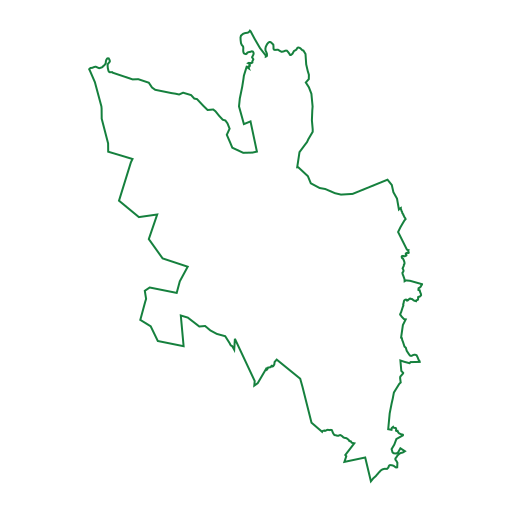 outline of Tecoanapa, Guerrero, Mexico
{"feature_id": "50627088B15392276223600", "entity_name": "Tecoanapa", "entity_type": "district", "adm_level": 2, "iso_a3": "MEX", "parent_name": "Mexico", "parent_adm1": "Guerrero", "projection": "natural_earth1", "projection_center": [-99.252, 16.971], "detail": "fine", "context": "isolated", "style": "outline", "palette": "green", "viewbox_px": 512, "rotation_deg": 0, "n_neighbors": 0, "source": "geoboundaries", "source_scale": "gbopen_adm2", "svg_char_len": 5947}
<svg xmlns="http://www.w3.org/2000/svg" viewBox="0 0 512 512"><path d="M108.1,143.4L108.2,151.7L132.5,159.0L130.9,162.3L119.0,200.7L138.9,217.1L157.2,214.5L148.8,239.1L162.6,258.4L187.7,266.7L179.8,281.3L176.7,292.9L149.7,287.5L144.8,290.8L146.1,298.9L145.2,301.8L140.3,319.9L150.7,326.3L157.8,341.0L183.6,346.2L180.8,315.5L187.8,317.6L199.3,326.5L205.1,326.0L210.3,330.4L216.8,333.9L225.2,336.2L229.7,343.3L230.4,344.8L231.2,345.7L232.2,346.1L234.2,349.7L234.9,338.8L254.7,381.0L254.3,385.6L257.7,383.2L266.2,368.7L266.8,369.7L267.6,368.7L268.0,367.6L270.5,367.2L271.0,366.6L271.3,366.1L271.8,365.7L272.5,365.9L272.6,366.4L273.2,366.2L274.3,364.5L274.6,362.0L276.7,359.6L300.2,378.7L302.5,386.9L311.5,422.7L322.1,431.8L322.3,431.3L322.9,430.9L324.5,430.5L324.9,430.9L325.6,430.7L326.5,430.2L327.5,429.8L329.8,430.1L330.4,429.9L331.7,430.0L332.2,430.9L332.9,432.8L334.0,434.6L334.6,435.1L336.0,435.3L336.7,435.6L338.2,435.8L339.6,435.2L340.5,435.1L342.2,436.2L343.4,437.4L344.4,437.8L346.5,438.2L348.6,439.8L349.1,440.5L349.2,440.9L349.5,441.1L349.8,441.2L350.6,441.2L350.9,441.4L351.5,442.5L352.0,442.8L354.3,443.3L345.3,455.0L346.3,456.2L344.4,461.9L365.2,457.5L370.9,481.3L373.3,478.3L375.8,476.1L377.2,474.4L377.9,473.7L378.8,472.5L379.7,471.7L380.6,470.6L382.4,469.4L384.6,468.8L387.0,468.9L388.4,467.5L388.8,466.1L389.5,465.3L390.2,465.1L392.1,465.3L393.6,465.8L395.4,467.1L396.1,467.5L397.2,467.3L397.4,462.8L396.5,461.1L395.5,459.8L395.3,459.0L395.5,458.3L396.2,457.5L397.6,455.4L399.1,454.0L400.3,453.2L401.0,452.9L401.8,452.8L403.2,452.3L404.9,451.2L400.4,448.3L398.0,452.5L396.3,453.5L394.7,453.4L393.5,453.2L392.5,452.3L391.6,449.1L394.3,444.6L396.4,439.0L402.9,435.4L402.9,434.7L402.5,434.5L401.7,434.5L399.2,433.4L398.2,432.4L397.6,430.9L396.9,431.1L396.2,430.9L396.0,430.6L396.2,429.1L395.7,428.0L394.0,427.8L393.4,427.5L393.1,426.9L391.8,428.0L391.5,429.8L388.2,429.2L389.7,413.3L391.7,403.1L392.7,398.8L393.9,392.5L399.3,383.8L400.7,382.5L400.1,378.0L400.3,376.6L403.1,373.4L403.2,372.9L401.3,370.9L400.4,360.5L404.3,361.8L409.6,363.2L410.5,362.1L419.7,361.9L419.6,361.2L418.6,359.8L417.6,357.3L416.6,355.3L415.7,354.9L414.6,354.7L413.2,355.0L411.7,355.8L411.0,355.9L409.9,355.5L408.8,354.0L406.7,350.8L405.8,347.7L404.5,346.6L402.9,341.7L402.2,340.0L401.9,338.3L401.5,337.5L401.1,337.5L402.9,325.0L405.7,319.4L404.2,319.2L403.9,319.0L401.6,316.6L400.7,315.2L400.3,314.9L400.1,314.3L401.1,312.2L402.8,306.9L403.2,306.0L403.4,305.2L403.2,305.0L403.2,304.1L403.5,303.5L404.0,300.9L404.4,300.3L405.3,299.7L406.5,299.7L406.8,299.8L406.9,300.3L407.0,300.6L407.3,300.6L407.9,300.3L409.6,298.7L410.6,298.6L411.0,299.0L412.2,299.1L413.3,300.1L414.3,300.7L416.1,301.2L416.4,300.3L417.6,299.9L417.9,299.7L418.1,299.1L418.1,297.1L418.6,296.8L419.6,296.7L420.9,295.5L421.1,295.1L420.9,293.9L420.2,292.2L419.7,290.3L418.5,290.1L418.4,289.2L418.5,288.8L418.6,288.2L419.7,287.6L420.7,286.7L421.1,285.9L421.5,284.6L422.8,284.4L410.1,280.8L406.0,280.4L404.6,281.2L404.5,279.2L403.1,275.2L402.8,274.7L402.4,272.9L402.5,272.6L403.1,271.9L403.5,271.0L403.5,270.6L403.1,269.3L402.6,268.4L402.7,268.1L403.8,265.8L403.9,264.6L404.5,263.8L404.5,262.9L404.4,262.1L403.8,260.3L402.9,258.4L402.2,258.2L402.0,257.9L401.9,257.7L401.7,256.6L402.0,256.1L402.9,255.9L404.7,256.3L406.0,255.7L406.3,255.5L406.5,255.1L405.7,254.0L405.8,253.5L406.7,252.9L408.4,253.0L408.7,252.8L408.7,252.4L408.1,250.6L408.1,250.3L408.3,250.1L406.9,249.6L398.1,232.0L400.4,227.3L402.6,223.5L404.4,220.5L405.6,219.1L405.3,218.3L404.5,217.3L403.8,215.7L403.5,215.4L403.3,214.4L402.4,213.3L402.1,211.9L401.6,211.2L401.2,209.8L400.7,208.9L400.8,208.4L400.8,208.0L399.7,208.6L398.9,209.4L397.0,198.6L393.4,192.2L391.8,185.0L387.5,179.7L352.6,193.9L341.0,194.6L335.0,193.2L325.2,189.0L319.6,188.0L310.8,183.3L307.9,176.2L298.3,167.3L297.2,167.3L299.5,152.1L305.0,144.7L307.0,142.1L308.4,139.1L312.7,131.8L312.7,129.3L311.9,120.3L312.3,110.1L312.6,106.6L311.4,93.8L308.9,87.3L305.8,82.5L308.8,79.1L308.9,74.8L307.7,70.9L306.2,64.4L305.5,54.0L303.4,50.5L302.8,50.4L302.3,50.2L300.5,48.4L299.7,47.9L298.3,47.5L297.7,47.7L297.3,48.0L296.3,49.7L293.9,51.1L292.5,53.7L291.2,54.8L290.8,55.0L290.2,55.0L289.8,54.7L289.5,53.9L288.1,52.0L286.9,50.7L285.9,50.6L284.7,50.9L283.7,51.4L281.7,51.8L280.3,51.2L278.1,49.8L277.7,49.7L275.4,49.9L274.3,49.8L273.8,49.4L273.5,48.6L273.5,46.6L273.3,44.6L271.0,42.4L270.1,42.0L269.4,42.0L268.3,42.7L267.1,44.1L265.8,46.7L265.4,48.6L265.5,50.5L266.3,52.1L266.9,53.7L267.0,55.2L266.9,55.8L266.7,56.2L265.8,56.6L265.9,55.7L260.0,48.1L254.6,38.8L250.6,31.3L249.9,30.7L249.5,31.4L248.5,32.3L247.7,32.7L245.0,33.1L243.1,33.8L241.0,35.6L240.5,37.5L240.6,39.9L241.0,43.2L241.8,45.0L242.9,46.2L243.2,46.9L243.3,48.2L243.2,50.0L243.3,51.7L243.6,52.7L243.9,53.3L244.5,53.7L245.9,54.1L246.6,53.8L247.3,52.7L247.6,52.5L249.2,52.0L250.6,51.8L251.1,51.5L251.9,51.3L252.9,51.6L253.3,52.3L253.6,53.1L253.6,53.9L253.4,54.5L252.9,55.7L252.3,56.6L252.1,57.3L253.3,59.2L253.3,59.5L252.3,61.4L252.4,62.5L251.5,63.1L248.7,62.9L248.2,63.2L249.0,63.6L249.9,65.0L249.6,66.4L249.1,66.8L248.9,66.8L247.8,65.9L248.8,68.4L246.6,66.9L243.9,75.6L243.5,78.6L242.2,86.8L239.8,98.5L239.0,106.4L243.9,124.1L250.5,121.4L256.9,151.6L252.4,152.6L243.2,152.8L232.3,147.7L230.1,142.4L226.8,134.8L229.6,128.7L227.5,123.4L225.4,120.5L222.7,119.7L219.1,115.8L215.4,111.2L213.2,109.5L207.6,110.0L203.3,105.8L197.0,99.1L194.3,98.6L191.1,95.1L183.1,92.7L179.1,94.5L175.5,93.7L171.5,93.1L155.2,89.8L152.0,87.5L148.8,82.7L138.3,79.2L132.6,79.4L112.7,72.7L112.3,72.2L109.7,72.2L108.8,71.6L108.4,70.6L107.8,68.0L107.6,65.5L107.7,64.2L109.5,62.0L109.8,61.6L109.8,60.9L109.6,60.1L108.7,58.4L107.8,58.3L107.1,58.6L106.2,60.1L105.9,61.3L105.7,63.1L105.6,63.6L104.3,65.3L103.1,66.2L102.6,66.9L101.8,67.4L99.2,68.2L98.4,67.9L96.0,66.8L95.6,66.7L94.2,67.0L92.3,67.8L90.5,68.0L89.9,68.5L89.2,69.2L90.1,71.1L94.9,82.2L101.4,106.4L101.6,108.6L101.7,118.7L108.1,143.4Z" fill="none" stroke="#15803d" stroke-width="2"/></svg>